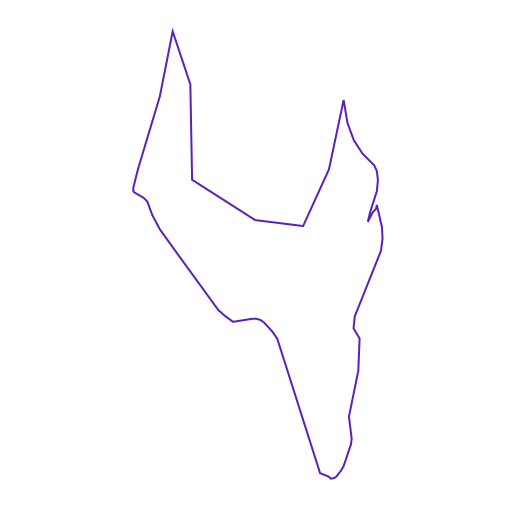 Höfuðborgarsvæði, Robinson projection, rotated 103°
{"feature_id": "ISL-709", "entity_name": "Höfuðborgarsvæði", "entity_type": "Region", "adm_level": 1, "iso_a3": "ISL", "parent_name": "Iceland", "parent_adm1": "", "projection": "robinson", "projection_center": [-21.536, 64.199], "detail": "fine", "context": "isolated", "style": "outline", "palette": "violet", "viewbox_px": 512, "rotation_deg": 103, "n_neighbors": 0, "source": "natural_earth", "source_scale": "10m", "svg_char_len": 835}
<svg xmlns="http://www.w3.org/2000/svg" viewBox="0 0 512 512"><g transform="rotate(103 256 256)"><path d="M84.3,205.7L105.8,196.8L121.1,186.8L132.3,175.3L141.0,161.4L145.9,157.4L154.6,154.3L165.6,152.8L188.2,154.7L197.6,154.7L187.5,152.2L183.1,149.7L179.1,149.7L199.7,139.7L210.7,136.6L222.8,135.4L292.7,146.2L304.5,144.7L313.1,136.5L344.8,130.5L391.7,129.3L412.4,121.7L418.5,121.1L441.1,123.4L446.0,124.9L452.9,128.1L454.9,130.0L456.1,133.1L454.6,135.5L453.2,144.7L332.1,216.5L326.2,222.8L319.0,233.2L317.3,237.4L317.1,242.2L318.4,246.5L325.3,263.6L321.2,273.1L317.2,280.5L272.8,331.6L251.9,355.4L239.5,366.2L227.4,374.2L224.8,378.2L221.3,389.1L220.5,390.1L217.2,390.9L197.5,390.5L122.2,385.6L55.9,387.7L103.5,358.6L196.1,335.4L221.2,264.9L216.2,216.8L155.1,204.4L84.3,205.7Z" fill="none" stroke="#5b21b6" stroke-width="2"/></g></svg>